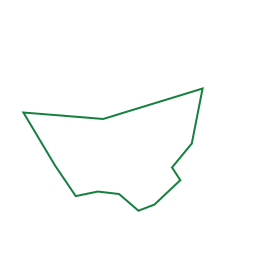 an SVG outline of Pembroke, rotated 322°
{"feature_id": "MLT-5934", "entity_name": "Pembroke", "entity_type": "state/province", "adm_level": 1, "iso_a3": "MLT", "parent_name": "Malta", "parent_adm1": "", "projection": "equal_earth", "projection_center": [14.475, 35.933], "detail": "fine", "context": "isolated", "style": "outline", "palette": "green", "viewbox_px": 256, "rotation_deg": 322, "n_neighbors": 0, "source": "natural_earth", "source_scale": "10m", "svg_char_len": 313}
<svg xmlns="http://www.w3.org/2000/svg" viewBox="0 0 256 256"><g transform="rotate(322 128 128)"><path d="M55.1,51.4L114.0,105.6L211.1,142.8L168.7,179.5L138.4,186.2L137.1,201.3L101.7,204.6L85.3,199.6L80.3,174.5L65.1,159.5L44.9,149.5L47.4,112.7L55.1,51.4Z" fill="none" stroke="#15803d" stroke-width="2"/></g></svg>